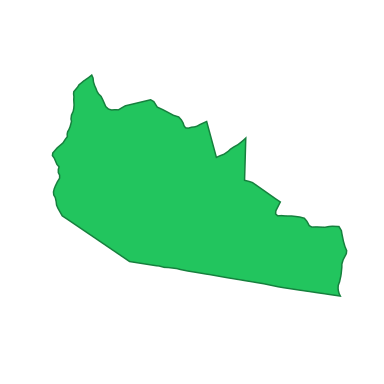 the district of Rondon, Paraná, Brazil, rotated 75°
{"feature_id": "56859067B14553570834373", "entity_name": "Rondon", "entity_type": "district", "adm_level": 2, "iso_a3": "BRA", "parent_name": "Brazil", "parent_adm1": "Paraná", "projection": "orthographic", "projection_center": [-52.832, -23.465], "detail": "fine", "context": "isolated", "style": "filled", "palette": "green", "viewbox_px": 384, "rotation_deg": 75, "n_neighbors": 0, "source": "geoboundaries", "source_scale": "gbopen_adm2", "svg_char_len": 1938}
<svg xmlns="http://www.w3.org/2000/svg" viewBox="0 0 384 384"><g transform="rotate(75 192 192)"><path d="M53.1,258.6L54.7,262.2L56.7,267.9L57.9,270.4L59.2,273.4L60.9,275.1L64.5,280.2L66.6,281.0L69.5,281.4L72.1,282.3L77.4,283.4L80.5,284.5L83.4,285.9L86.5,288.5L90.2,290.0L92.6,290.1L97.3,292.8L99.8,294.7L101.6,296.5L103.8,297.6L106.3,298.1L108.2,300.6L111.1,303.8L112.4,306.4L114.5,310.8L118.3,316.4L120.7,317.4L123.6,316.3L130.5,315.3L133.3,313.9L135.6,315.3L138.7,316.1L141.4,315.5L144.4,316.3L147.2,319.3L150.8,322.4L153.2,324.2L156.1,325.8L159.0,326.3L162.1,325.5L166.2,325.7L169.6,326.2L173.0,325.7L181.5,323.5L186.1,319.4L205.2,302.9L243.0,270.3L251.0,252.3L254.0,245.5L254.9,243.0L257.6,238.3L258.9,234.2L262.1,226.3L263.8,223.4L267.2,216.6L270.1,210.1L273.3,203.1L275.0,199.4L276.4,196.1L283.5,181.0L299.3,146.2L305.8,133.4L308.0,128.6L315.0,112.6L330.9,75.7L328.2,76.2L325.2,76.2L322.7,75.8L320.0,74.9L316.9,72.7L311.9,70.1L309.4,69.0L303.6,66.8L300.4,65.9L296.5,63.5L291.5,58.9L288.7,57.8L284.3,58.4L278.7,58.5L270.7,58.0L268.0,57.7L263.4,59.0L262.4,62.2L261.4,65.3L260.8,68.7L260.5,72.7L259.3,76.6L258.0,80.6L256.9,85.3L254.8,87.5L252.1,88.1L249.8,88.7L246.4,90.3L244.1,94.3L242.6,97.9L240.9,102.2L239.8,106.3L239.0,108.9L238.0,111.6L237.2,115.4L234.8,116.9L231.9,115.9L224.5,109.3L219.9,113.3L212.8,119.2L198.6,131.1L196.7,133.9L194.3,138.2L153.8,126.1L155.3,128.9L156.6,131.7L158.2,135.5L159.3,139.9L160.6,143.8L162.0,146.3L163.8,151.3L164.2,155.3L164.9,159.5L127.7,159.6L128.3,163.3L128.9,166.9L129.7,169.9L129.8,172.6L129.3,175.8L129.4,179.0L128.4,181.6L125.8,182.6L123.2,182.7L119.7,183.6L116.1,185.4L113.1,190.1L108.5,195.0L105.0,198.8L101.0,203.6L94.8,205.5L92.2,208.1L91.5,234.1L92.6,238.3L93.6,241.7L92.5,245.5L92.0,248.4L90.3,251.2L87.2,253.2L83.9,253.7L79.4,254.4L76.1,255.1L73.2,256.8L70.3,257.7L67.0,258.0L64.3,258.5L60.3,258.7L56.3,258.1L53.1,258.6Z" fill="#22c55e" stroke="#15803d" stroke-width="1.5"/></g></svg>